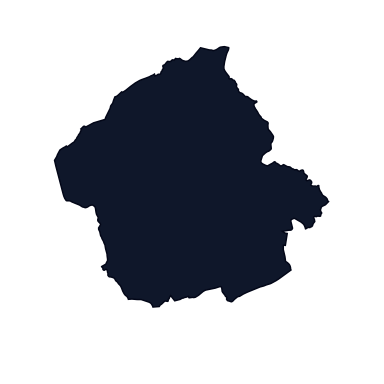 Mueang Ang Thong, Ang Thong, Thailand, rotated 322°
{"feature_id": "78962969B37597222908086", "entity_name": "Mueang Ang Thong", "entity_type": "district", "adm_level": 2, "iso_a3": "THA", "parent_name": "Thailand", "parent_adm1": "Ang Thong", "projection": "orthographic", "projection_center": [100.455, 14.575], "detail": "fine", "context": "isolated", "style": "filled", "palette": "ink", "viewbox_px": 384, "rotation_deg": 322, "n_neighbors": 0, "source": "geoboundaries", "source_scale": "gbopen_adm2", "svg_char_len": 5978}
<svg xmlns="http://www.w3.org/2000/svg" viewBox="0 0 384 384"><g transform="rotate(322 192 192)"><path d="M168.2,81.3L157.0,76.9L148.3,75.4L148.0,74.4L147.7,73.9L147.3,73.6L146.7,73.5L145.4,73.7L143.2,73.9L143.2,74.9L141.4,75.7L140.4,76.4L137.6,77.2L136.6,77.8L135.0,78.2L133.5,79.1L132.1,79.2L130.3,79.9L129.5,80.0L128.0,79.8L121.5,79.7L121.4,78.6L121.3,78.4L119.7,78.3L117.5,77.9L113.9,77.6L112.9,78.0L109.1,79.7L107.1,80.9L103.2,82.4L100.8,87.5L89.2,114.4L88.4,116.5L87.8,118.7L87.6,121.2L87.9,121.8L89.6,123.1L90.8,124.4L90.9,125.1L91.7,126.7L95.4,133.1L96.5,136.3L97.2,137.1L98.1,138.5L98.8,139.0L100.4,139.5L101.3,139.6L103.0,139.7L105.3,140.7L105.7,141.3L106.1,142.4L106.4,143.9L105.9,145.4L103.9,148.9L103.0,150.9L102.5,154.1L102.0,154.8L100.7,155.8L100.1,156.7L100.0,157.6L100.3,160.3L100.1,161.1L99.5,161.6L96.3,162.8L95.4,164.1L94.9,166.5L93.1,170.2L92.9,172.0L92.4,173.3L91.9,176.3L91.1,178.7L90.9,180.0L89.0,183.5L86.9,188.5L85.8,190.1L84.2,192.8L83.4,193.9L83.0,194.2L81.1,195.0L80.3,195.6L79.7,195.7L78.9,195.7L75.5,195.2L75.0,195.1L74.8,195.2L74.9,197.0L74.8,197.4L74.2,198.1L74.2,198.9L74.5,199.5L74.9,199.7L76.4,199.8L76.7,200.0L76.9,200.4L77.0,201.3L76.8,202.0L76.0,203.3L75.7,204.4L74.5,205.8L74.4,206.9L74.5,207.6L74.8,208.1L75.9,209.1L77.4,211.3L77.6,211.9L77.7,212.9L77.3,214.9L77.8,217.2L77.6,219.0L77.9,221.5L77.8,222.6L77.4,224.3L76.4,227.5L75.9,230.4L75.9,232.4L76.4,234.0L76.4,234.9L76.2,236.3L75.8,237.4L78.7,239.3L82.2,242.6L85.8,245.5L90.3,252.3L90.9,253.6L91.1,254.4L91.1,255.5L90.8,257.5L90.4,258.6L95.7,262.1L97.1,261.5L99.2,261.6L103.2,261.2L104.0,261.6L105.4,263.1L106.1,263.2L107.1,262.1L108.2,262.0L109.6,261.1L111.4,260.5L111.4,267.1L116.5,269.3L119.0,269.7L120.0,270.3L120.8,270.4L123.2,271.5L124.8,271.9L125.1,272.1L125.1,272.3L124.5,273.3L124.6,273.6L127.8,275.5L128.0,275.9L129.0,276.6L130.0,277.0L133.6,277.4L139.4,277.2L141.6,277.5L142.8,277.9L151.1,282.0L155.2,283.5L156.4,284.2L156.6,285.1L156.5,285.5L156.1,286.4L154.6,288.9L154.4,290.0L154.4,294.0L154.1,295.0L154.6,295.6L154.6,295.9L154.3,296.9L153.3,297.6L153.1,298.7L153.1,299.4L153.4,299.9L154.2,300.9L155.2,302.5L155.5,302.8L156.1,303.0L156.9,303.0L157.9,303.0L158.8,302.7L163.2,302.6L164.2,302.9L165.3,303.5L169.7,304.0L173.7,304.9L187.2,308.7L190.7,310.2L193.5,311.0L197.1,312.4L198.3,312.7L203.7,313.6L207.0,313.9L222.0,314.4L222.3,313.3L222.8,312.7L223.4,311.5L223.8,310.4L224.0,309.3L224.0,308.4L223.7,306.4L223.0,304.3L225.4,300.2L228.5,293.5L231.3,290.1L232.7,291.5L241.5,283.3L240.2,281.9L239.4,280.2L239.0,278.6L244.9,281.8L246.4,282.9L246.9,283.0L247.7,283.0L248.7,282.6L249.0,282.3L251.7,276.2L252.2,275.5L252.9,275.0L253.6,274.9L255.4,275.3L256.3,275.7L256.8,276.3L258.3,280.1L259.3,282.4L259.9,284.8L260.1,286.4L259.9,287.6L259.5,289.2L258.8,290.9L259.3,291.1L261.3,291.3L262.2,291.8L263.0,292.6L264.1,292.5L264.8,293.0L266.2,292.8L266.4,292.7L266.7,292.0L267.5,291.9L268.4,291.4L270.5,290.9L271.7,288.7L271.7,287.4L272.0,287.1L273.0,286.7L273.7,286.7L274.7,287.9L276.4,288.4L277.3,289.5L278.4,290.1L280.1,288.8L281.3,288.4L281.3,287.6L282.0,285.3L282.4,284.9L283.2,284.6L283.8,284.0L284.4,283.6L285.6,283.4L289.3,284.2L293.7,283.6L293.5,282.5L294.2,280.8L294.2,279.5L294.1,278.3L293.0,275.3L293.0,274.0L293.4,272.5L293.5,270.9L293.8,268.9L294.8,266.5L295.8,265.0L295.6,264.7L295.2,264.5L293.8,264.5L292.8,263.2L291.0,261.9L290.4,261.1L289.8,259.9L289.8,259.5L290.0,259.3L291.3,258.9L292.2,258.2L292.6,257.3L292.6,255.9L292.4,255.3L292.0,254.8L289.8,254.0L289.4,253.7L289.3,253.1L289.4,252.6L289.7,252.2L291.7,251.3L292.3,250.8L292.6,250.5L292.6,249.9L291.8,246.5L291.9,245.9L292.8,244.0L292.9,243.5L292.8,243.0L292.5,242.6L291.7,242.2L290.7,241.9L289.3,241.8L289.1,241.6L288.8,240.9L288.4,239.1L288.0,238.6L286.4,237.6L286.0,236.3L285.3,235.5L284.6,232.6L282.7,230.6L281.1,226.9L280.6,226.7L278.9,226.6L278.0,226.2L277.4,224.7L277.3,223.5L276.8,222.5L276.7,222.0L276.0,221.1L276.1,219.9L275.8,219.1L274.7,218.8L273.2,218.9L271.9,218.6L268.1,218.0L267.3,217.7L266.2,215.9L265.1,213.6L264.6,212.0L264.6,211.2L264.9,210.5L265.7,209.6L269.9,206.7L273.7,206.4L275.9,206.5L277.5,207.0L278.4,207.1L280.0,207.0L280.9,206.8L281.3,206.4L283.4,203.1L284.2,202.3L284.7,202.0L286.0,201.8L287.0,201.3L289.3,199.6L290.3,198.5L290.6,197.3L290.9,192.6L290.7,189.5L291.7,187.8L292.9,186.1L294.3,184.7L294.6,184.0L294.5,183.1L293.1,180.2L292.1,176.8L292.6,175.2L292.4,173.1L292.5,171.4L292.9,169.6L293.2,166.2L293.1,165.7L293.4,164.7L293.5,163.7L293.8,162.6L294.3,161.6L295.1,160.8L296.4,160.6L296.9,160.9L298.6,160.9L298.8,160.0L298.0,159.5L297.1,158.6L296.7,158.0L295.8,156.1L294.9,153.1L294.6,151.4L294.3,150.9L293.9,150.4L292.8,149.8L292.4,145.9L292.0,144.7L291.0,143.3L290.7,142.1L290.9,140.8L291.2,140.3L291.8,139.6L291.6,138.3L291.7,137.1L292.1,136.0L293.2,135.1L293.5,134.6L293.6,134.0L293.5,133.0L294.0,131.4L293.9,129.7L293.0,128.8L293.1,127.6L292.5,126.6L291.4,126.2L291.0,125.8L291.0,125.4L291.7,124.7L292.3,123.7L292.3,118.8L292.5,116.4L293.0,114.6L294.3,112.8L297.9,109.4L303.1,105.3L305.2,103.9L308.2,102.4L309.5,101.3L309.8,100.8L307.6,98.1L306.9,97.3L306.2,96.9L303.8,95.5L302.6,95.1L300.1,95.0L298.3,94.7L296.8,94.2L295.7,93.6L294.8,92.2L293.2,90.8L287.5,83.6L284.6,84.3L281.0,85.0L276.1,86.2L274.9,86.1L271.9,86.4L270.8,86.4L269.3,86.2L267.9,85.4L267.4,85.1L265.7,82.8L265.4,82.2L264.7,79.6L264.4,79.0L263.0,78.6L262.2,77.6L261.6,77.3L261.4,76.7L260.9,76.7L258.9,77.2L258.5,76.2L257.9,75.8L257.2,75.7L256.4,75.9L255.2,75.8L254.7,75.5L253.3,74.1L252.2,74.1L248.8,74.9L247.4,74.5L247.0,74.5L246.5,74.9L246.1,75.6L245.9,76.8L245.8,77.0L244.3,77.2L243.2,78.0L241.5,78.4L240.2,79.5L239.7,79.6L239.3,79.5L238.5,78.9L237.8,78.4L236.5,78.4L234.2,77.9L235.0,76.0L233.1,75.8L230.6,75.1L229.8,75.1L225.5,73.8L221.3,72.4L219.3,71.9L214.5,71.2L208.5,71.0L202.4,71.1L198.6,70.8L198.4,69.9L198.1,69.8L193.5,70.2L191.5,70.2L189.8,69.6L186.6,71.5L184.2,73.2L181.9,73.8L180.8,74.2L179.0,75.7L169.9,80.1L168.2,81.3Z" fill="#0f172a" stroke="#020617" stroke-width="1.5"/></g></svg>